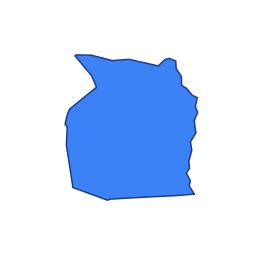 Saluda, South Carolina, United States of America (Natural Earth projection), rotated 64°
{"feature_id": "52423323B78035589313404", "entity_name": "Saluda", "entity_type": "district", "adm_level": 2, "iso_a3": "USA", "parent_name": "United States of America", "parent_adm1": "South Carolina", "projection": "natural_earth1", "projection_center": [-81.736, 34.001], "detail": "fine", "context": "isolated", "style": "filled", "palette": "blue", "viewbox_px": 256, "rotation_deg": 64, "n_neighbors": 0, "source": "geoboundaries", "source_scale": "gbopen_adm2", "svg_char_len": 645}
<svg xmlns="http://www.w3.org/2000/svg" viewBox="0 0 256 256"><g transform="rotate(64 128 128)"><path d="M85.5,73.6L66.7,97.0L60.5,112.6L46.4,129.1L39.5,142.8L40.0,144.0L65.1,137.8L77.5,138.4L85.4,172.2L89.5,176.8L97.0,182.9L100.5,182.2L116.3,190.9L134.5,196.5L157.4,203.6L179.6,182.2L183.8,178.2L184.2,175.0L195.8,147.3L209.8,114.5L216.5,97.4L206.7,98.4L202.7,95.1L194.4,95.3L192.6,93.0L191.3,90.4L184.7,88.0L175.9,80.4L167.8,77.9L162.2,69.2L150.4,65.2L144.3,58.4L138.5,58.3L131.1,52.4L127.0,55.8L118.1,58.0L113.2,61.1L105.0,57.4L95.8,58.7L88.7,55.7L83.5,60.4L82.7,64.9L85.5,73.6Z" fill="#3b82f6" stroke="#1e3a8a" stroke-width="1.5"/></g></svg>